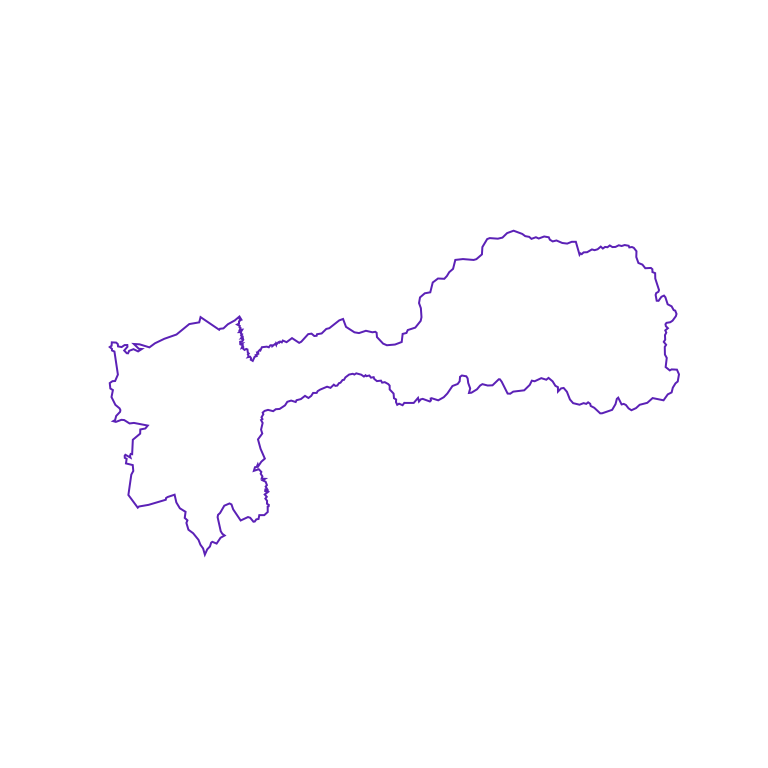 the district of San Roman, Puno, Peru, rotated 206°
{"feature_id": "86281439B54364439373802", "entity_name": "San Roman", "entity_type": "district", "adm_level": 2, "iso_a3": "PER", "parent_name": "Peru", "parent_adm1": "Puno", "projection": "robinson", "projection_center": [-70.339, -15.674], "detail": "fine", "context": "isolated", "style": "outline", "palette": "violet", "viewbox_px": 768, "rotation_deg": 206, "n_neighbors": 0, "source": "geoboundaries", "source_scale": "gbopen_adm2", "svg_char_len": 6154}
<svg xmlns="http://www.w3.org/2000/svg" viewBox="0 0 768 768"><g transform="rotate(206 384 384)"><path d="M164.0,580.0L169.1,585.3L171.1,586.2L172.9,584.0L173.7,579.1L175.4,578.4L178.9,583.1L179.2,585.0L177.8,587.2L178.0,589.0L186.4,597.7L188.9,602.5L191.8,602.3L193.1,604.8L195.0,605.3L199.9,602.6L204.1,604.6L208.4,604.3L212.9,608.7L215.3,614.0L219.2,615.9L221.2,615.8L223.4,614.3L224.7,615.5L228.6,614.4L230.9,612.2L233.8,611.6L236.0,608.7L238.7,607.2L241.8,607.5L243.1,604.9L245.4,604.1L246.7,601.7L249.4,602.5L251.1,598.7L253.4,596.6L256.1,596.1L259.2,591.5L262.3,589.8L263.2,587.4L264.7,587.5L264.9,585.9L273.9,595.9L277.6,594.1L280.9,590.5L285.6,588.9L291.9,588.6L294.9,586.1L298.2,586.4L300.2,588.1L304.7,586.8L308.7,582.6L311.8,582.5L315.1,579.1L318.0,579.9L321.9,578.8L325.5,579.5L334.7,578.6L339.5,573.6L341.7,567.5L345.4,564.5L352.9,561.5L354.8,559.5L355.6,550.2L352.8,543.4L355.7,536.7L357.8,534.8L367.8,530.9L374.3,526.8L372.4,517.8L374.4,513.1L374.8,508.6L375.9,505.0L381.7,502.5L384.7,496.6L382.6,486.7L387.1,483.4L389.6,477.6L388.0,472.1L384.1,468.3L379.6,460.5L378.7,456.8L380.6,448.4L386.3,442.9L386.2,439.7L389.2,437.2L386.5,429.5L391.4,424.3L398.4,420.1L402.5,419.9L410.9,423.1L413.1,426.8L414.7,427.1L417.1,425.4L423.6,423.9L428.8,418.8L433.2,417.5L443.2,418.7L449.3,424.5L452.1,421.6L457.6,410.2L460.0,408.2L462.2,402.1L466.0,399.4L465.7,397.8L467.7,396.6L471.2,397.5L474.0,395.6L476.9,385.7L478.3,383.8L486.8,384.9L489.9,378.9L494.0,378.7L494.1,376.6L496.0,376.6L496.3,375.2L497.2,375.3L497.8,373.1L498.7,373.4L498.2,371.9L499.3,372.6L501.0,368.9L501.7,369.7L503.1,369.0L503.6,366.5L505.7,366.2L509.9,363.5L509.8,360.0L510.6,360.2L511.3,357.9L510.5,356.5L511.7,356.4L510.7,355.1L511.9,353.8L510.8,353.2L512.2,351.7L512.1,347.2L514.4,347.4L514.8,348.9L516.3,349.8L518.0,348.5L517.8,349.6L519.4,351.0L518.9,352.1L520.2,352.6L521.9,355.2L523.2,355.1L524.3,353.5L525.9,353.9L526.6,355.2L527.7,354.0L527.9,357.0L529.5,356.8L529.0,358.4L530.8,357.1L531.8,358.9L530.1,360.3L529.9,361.9L531.5,362.2L530.7,363.0L531.5,364.1L532.4,363.1L532.1,364.8L533.6,364.9L533.4,366.5L534.6,366.5L535.2,368.0L537.0,367.1L536.5,369.2L535.4,368.8L535.2,370.7L537.4,369.4L537.5,371.4L538.7,371.6L539.1,373.0L542.0,373.1L540.8,374.7L541.8,376.8L540.9,378.4L541.9,379.0L540.7,379.5L543.5,381.3L546.0,375.7L550.5,369.3L552.7,363.6L555.7,361.7L555.9,360.5L578.2,363.7L577.1,358.4L585.3,352.5L592.2,337.5L601.3,328.3L607.7,320.2L610.9,314.1L621.1,312.5L626.4,310.3L619.8,308.2L617.0,309.3L619.3,305.5L624.4,305.5L627.6,302.1L627.5,299.4L628.7,298.9L632.2,300.2L630.9,305.0L631.8,306.5L634.2,305.3L636.0,302.2L639.5,301.2L640.8,303.2L642.9,303.8L646.9,302.1L645.6,299.0L646.7,297.0L644.0,296.4L643.2,294.9L640.5,295.0L627.3,275.8L627.0,268.8L629.3,267.5L630.9,264.6L628.0,260.0L625.0,259.7L623.2,252.8L616.3,247.5L611.0,246.2L609.5,245.0L609.0,243.3L610.7,237.9L609.9,233.7L611.1,231.9L608.4,232.4L604.3,236.7L601.7,237.7L595.4,237.0L591.7,239.4L578.1,243.1L579.0,239.4L583.1,236.3L581.4,232.5L585.3,223.8L579.6,210.5L581.0,210.1L580.8,208.0L579.6,206.7L585.4,207.0L585.6,205.8L584.6,204.0L582.5,203.9L581.1,199.5L574.3,201.0L571.2,195.9L571.4,191.8L565.1,172.2L551.1,164.9L550.5,166.5L542.6,172.2L529.4,184.3L529.9,185.9L529.0,187.5L523.7,192.7L518.7,186.5L513.0,182.8L506.3,182.1L504.4,176.3L500.9,175.3L500.7,172.5L495.9,167.3L490.1,166.2L482.4,162.6L478.6,159.1L474.5,156.9L470.2,152.1L470.4,157.9L469.2,161.7L469.8,165.6L469.1,166.9L464.5,167.2L463.5,174.2L460.8,178.0L463.7,178.5L466.2,180.1L475.2,191.4L475.8,193.7L474.8,196.2L474.2,204.6L470.5,208.9L468.3,208.9L464.6,205.2L453.0,198.5L447.9,204.8L445.6,205.1L441.0,203.0L439.9,203.7L439.4,206.4L437.6,207.7L438.6,211.5L434.1,213.7L432.4,218.0L434.8,222.8L434.1,223.5L434.5,224.8L436.7,225.1L437.9,227.8L440.4,229.0L439.9,231.2L442.8,232.4L440.7,236.6L442.2,237.2L442.9,235.8L443.9,235.7L444.4,237.3L442.9,238.3L445.4,239.9L444.9,241.8L447.6,244.3L450.9,244.2L449.4,246.6L452.5,245.3L452.8,247.7L455.5,249.3L455.7,251.2L459.2,252.5L462.9,248.9L463.5,252.6L462.1,253.7L462.2,256.2L461.0,254.8L460.2,260.4L458.4,264.7L466.5,271.6L473.0,279.0L471.7,286.1L474.5,289.1L476.0,295.8L478.7,297.7L477.9,299.2L479.5,300.4L479.2,303.9L480.5,305.1L479.5,307.5L476.9,309.9L471.7,311.0L470.2,313.9L466.9,315.8L463.6,321.4L463.1,325.6L460.2,328.4L455.5,329.1L455.5,331.1L452.1,334.0L449.8,338.7L445.8,338.3L444.2,341.4L443.8,344.9L440.6,346.5L440.5,348.5L438.9,351.0L434.0,356.6L430.4,357.1L428.8,361.4L426.9,361.0L425.3,362.1L424.8,365.1L423.7,366.0L423.0,369.4L421.8,370.2L421.6,373.0L419.5,377.2L416.5,379.5L414.8,379.5L413.6,381.4L408.6,382.4L405.3,381.9L404.4,383.8L403.3,383.3L400.9,385.2L398.5,384.0L396.3,385.6L395.0,384.3L391.6,383.5L388.2,385.7L386.3,384.4L384.1,386.0L380.1,385.8L378.2,385.0L376.5,381.6L371.2,379.6L368.8,375.6L366.3,375.4L365.3,373.0L363.0,371.1L361.8,372.9L358.0,373.1L357.5,375.9L349.0,380.0L347.3,386.4L344.9,383.6L344.2,386.3L342.7,387.6L335.1,388.4L334.6,389.7L335.7,391.4L335.0,392.1L328.1,393.1L324.5,398.3L322.9,403.2L321.6,412.2L317.8,416.3L317.2,419.6L318.8,423.8L317.7,425.8L313.4,427.0L311.3,425.7L308.8,421.9L304.6,417.8L303.7,413.2L301.6,414.5L298.1,420.0L296.9,424.8L295.5,427.0L290.1,428.1L285.9,430.4L282.9,438.6L281.9,439.0L279.3,437.7L268.7,429.6L266.3,430.6L264.5,433.8L255.2,439.8L252.6,447.1L252.6,451.8L249.8,452.5L245.2,458.2L240.0,459.0L238.8,461.6L233.6,460.3L229.2,457.5L226.3,457.4L224.3,453.5L222.9,457.7L220.8,459.2L216.2,457.2L210.1,451.6L205.6,449.7L199.2,451.1L196.2,454.3L193.5,454.8L192.5,457.0L190.0,456.6L188.6,454.9L184.6,454.8L176.8,452.4L175.1,453.3L167.6,460.8L167.1,467.4L168.2,472.7L167.5,474.4L161.5,469.8L159.8,471.2L157.4,471.2L153.5,469.3L150.1,468.9L146.9,472.8L145.1,477.4L139.1,482.5L136.4,489.1L125.6,491.9L124.4,499.1L121.8,502.5L122.8,507.3L122.3,512.4L121.1,515.0L123.1,522.0L127.0,525.3L131.9,523.2L133.1,521.5L138.3,522.7L141.3,531.4L144.4,533.6L147.9,540.4L147.6,542.9L151.0,544.5L150.7,547.1L152.9,551.1L152.8,553.9L154.7,555.5L153.3,558.6L156.0,559.5L157.2,561.1L156.9,562.8L153.8,565.0L152.4,567.4L151.4,572.9L151.8,575.2L154.4,577.6L156.0,577.4L159.6,579.9L164.0,580.0Z" fill="none" stroke="#5b21b6" stroke-width="2"/></g></svg>